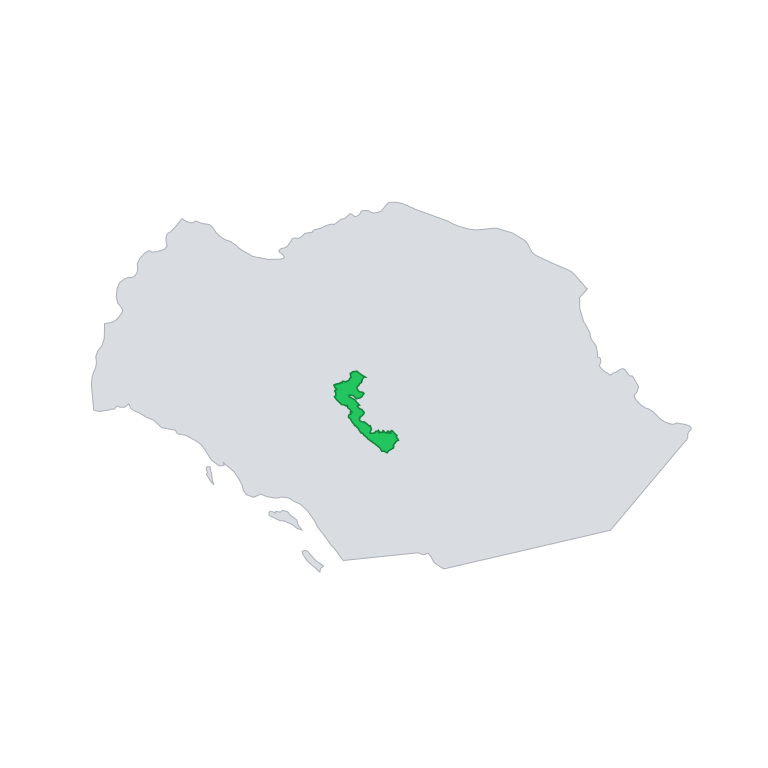 Chamwino, Dodoma, United Republic of Tanzania shown in context, rotated 130°
{"feature_id": "72390352B28140161055022", "entity_name": "Chamwino", "entity_type": "district", "adm_level": 2, "iso_a3": "TZA", "parent_name": "United Republic of Tanzania", "parent_adm1": "Dodoma", "projection": "equal_earth", "projection_center": [35.821, -6.232], "detail": "fine", "context": "in_parent", "style": "filled", "palette": "green", "viewbox_px": 768, "rotation_deg": 130, "n_neighbors": 0, "source": "geoboundaries", "source_scale": "gbopen_adm2", "svg_char_len": 9380}
<svg xmlns="http://www.w3.org/2000/svg" viewBox="0 0 768 768"><g transform="rotate(130 384 384)"><path d="M311.7,537.1L305.6,532.8L300.1,530.2L295.6,527.4L293.6,524.6L289.4,523.5L285.8,523.0L282.4,520.4L275.5,519.5L274.7,517.7L274.6,513.9L273.3,512.9L270.8,511.9L268.1,511.9L266.5,512.5L265.5,512.2L263.2,509.9L261.1,507.1L260.3,502.5L257.1,499.5L253.4,497.2L243.3,497.4L241.7,496.7L239.3,494.4L236.4,490.5L234.1,486.1L232.1,480.1L230.0,472.1L218.2,440.0L217.0,433.9L214.7,427.1L210.9,418.8L207.0,412.7L201.6,407.1L195.5,401.5L192.2,397.8L185.8,382.6L184.5,375.6L183.5,368.2L183.9,365.2L187.8,355.7L188.2,353.1L187.7,349.5L185.7,341.9L183.3,332.8L178.2,316.1L177.5,311.8L177.6,308.7L180.4,291.7L180.4,289.3L192.1,289.7L200.6,282.2L208.0,271.1L209.5,266.5L212.5,259.3L215.4,255.8L216.6,253.3L218.3,246.2L222.2,241.4L226.0,237.7L225.2,235.1L225.7,234.1L227.8,232.2L231.8,230.5L232.6,226.8L232.6,222.5L231.9,220.2L232.1,217.5L231.4,215.9L228.8,215.6L224.9,213.5L221.6,212.6L219.3,211.4L218.5,210.4L218.2,207.9L220.0,201.4L218.2,198.7L222.2,187.9L223.0,186.6L224.4,186.5L226.8,185.3L229.0,184.8L230.7,185.2L232.0,184.8L233.2,183.5L234.2,179.9L235.0,173.8L234.5,168.8L232.8,164.9L232.3,159.1L233.1,151.2L232.6,144.7L230.7,139.4L228.8,136.3L225.8,134.8L221.2,126.9L219.8,123.0L220.0,120.6L221.6,119.5L224.6,119.9L227.3,119.0L229.9,116.8L232.4,116.2L233.7,116.5L350.4,116.5L486.8,219.0L487.4,220.2L488.5,229.0L488.2,232.0L486.1,237.1L485.5,239.8L485.5,241.6L486.0,242.3L487.8,242.6L489.3,243.8L489.9,244.8L491.0,248.6L492.5,250.5L544.3,300.7L545.4,301.5L544.7,305.7L541.8,315.9L541.6,320.2L540.4,325.2L539.3,328.5L536.3,342.9L533.8,348.2L530.4,360.8L529.8,370.5L531.7,377.2L532.4,383.5L536.3,389.7L539.5,391.9L541.7,394.8L545.5,401.2L547.6,407.7L554.5,410.9L557.2,418.1L556.2,423.1L553.0,427.3L550.0,434.0L547.6,442.8L547.5,456.3L549.1,454.2L552.7,457.5L553.2,467.5L549.4,479.0L548.2,484.4L548.0,489.0L550.7,502.8L554.8,509.9L554.5,512.1L553.4,513.9L560.4,526.4L559.8,537.2L562.4,545.6L563.5,552.9L565.2,558.5L565.5,562.3L563.3,566.6L568.4,567.7L571.4,571.2L572.8,574.5L576.5,574.4L578.5,576.6L581.4,578.5L587.8,584.2L589.5,587.0L590.5,589.7L572.9,607.4L566.5,611.9L562.0,614.0L557.1,615.2L552.5,618.0L548.2,622.4L542.6,624.6L535.9,624.6L528.7,627.7L517.5,636.8L511.0,631.7L505.9,630.1L500.0,630.3L496.5,630.9L495.2,632.0L494.0,635.1L493.1,640.2L489.2,645.1L482.4,649.8L476.2,651.6L470.5,650.4L466.7,648.4L464.7,645.7L461.7,644.4L457.8,644.7L454.0,646.6L450.5,650.3L444.7,651.8L436.9,651.4L432.7,649.6L432.1,646.5L428.6,643.0L422.3,638.9L417.7,638.8L414.7,642.7L412.0,645.2L409.5,646.2L407.3,646.3L404.2,645.2L395.5,644.8L387.2,645.0L386.4,639.3L384.7,635.8L383.2,633.8L380.4,633.3L379.6,631.7L378.6,628.1L377.2,625.1L375.4,622.6L374.2,620.3L373.9,618.1L374.2,615.8L375.9,610.0L376.4,606.0L376.2,601.9L375.3,597.7L373.3,592.7L373.5,591.2L372.9,587.8L372.8,585.5L373.2,582.5L372.8,578.6L371.1,570.2L371.1,568.1L369.3,564.0L363.8,554.4L363.5,553.2L354.9,543.6L351.5,541.4L350.3,543.3L349.8,544.9L350.2,548.0L350.0,549.5L349.6,550.2L347.6,550.1L346.3,549.8L343.0,547.2L340.5,546.6L334.2,547.0L332.0,547.6L330.2,547.0L326.9,542.6L323.0,541.7L319.5,541.5L313.7,536.4L311.7,537.1ZM555.5,375.7L558.3,386.3L557.9,388.3L555.9,389.5L554.9,389.6L553.6,387.9L552.8,384.3L551.2,385.2L548.7,380.9L546.1,380.7L543.8,375.6L544.7,371.1L544.2,363.5L547.0,359.6L548.6,353.0L550.4,357.5L550.8,364.5L553.2,372.7L555.5,375.7ZM569.3,312.2L569.5,314.7L569.0,317.1L569.1,324.7L568.8,329.7L566.7,336.6L565.0,339.1L563.4,338.4L562.2,337.3L561.2,335.4L563.2,322.6L562.2,313.3L566.2,314.1L569.3,312.2ZM563.2,465.8L561.2,466.4L560.4,465.8L559.2,463.7L561.3,461.9L563.4,458.5L568.3,453.4L570.5,449.4L570.2,453.3L567.4,461.9L565.1,462.5L563.2,465.8Z" fill="#d9dde1" stroke="#a8b0b8" stroke-width="1"/><path d="M423.0,358.6L424.9,358.6L425.0,358.7L425.3,359.9L425.7,360.0L426.1,360.0L426.9,359.6L427.4,359.7L427.7,359.8L428.2,360.4L428.3,360.6L429.1,361.1L429.5,361.6L429.7,361.9L429.9,362.0L430.3,362.6L430.4,362.9L430.6,363.3L429.2,364.0L428.1,364.1L427.0,364.4L426.6,364.5L426.4,364.7L426.3,364.9L426.3,365.3L426.1,365.5L425.8,366.1L425.5,366.4L425.2,366.8L425.2,367.0L424.8,367.8L425.3,367.9L425.5,368.1L425.7,368.3L425.6,371.1L425.5,371.9L425.7,375.0L426.7,375.6L427.0,376.0L427.3,377.4L427.7,378.9L427.5,379.3L426.4,380.5L426.1,380.4L425.9,380.3L425.7,380.4L424.9,381.3L424.6,381.2L424.0,380.7L423.6,380.5L423.1,380.6L422.2,380.4L421.4,380.4L420.8,380.3L419.9,380.2L419.4,380.4L418.9,380.8L418.3,381.0L418.3,382.3L418.2,382.9L418.1,383.3L417.7,384.5L418.0,385.4L418.3,386.0L418.7,386.7L418.5,388.0L418.3,388.6L418.4,389.2L418.3,390.1L417.5,390.1L416.6,389.9L416.4,389.7L416.1,389.1L415.9,389.0L415.7,391.1L415.6,392.4L415.6,392.9L415.5,393.4L415.0,395.0L414.8,395.9L415.0,396.5L415.0,397.5L415.6,399.7L415.8,400.3L415.7,401.0L415.8,401.4L416.2,402.7L416.1,402.8L415.4,403.4L415.3,403.5L414.9,403.5L414.5,403.3L414.1,402.7L413.9,402.0L413.0,400.7L412.5,399.9L412.5,399.6L412.7,398.5L412.7,397.5L413.1,395.8L412.6,395.3L412.0,394.9L410.0,393.4L408.6,393.0L407.8,392.8L406.5,393.0L406.1,393.2L405.7,393.2L405.4,393.1L404.7,393.2L404.1,393.2L404.0,393.4L404.0,393.9L404.0,394.5L404.0,394.9L404.1,395.1L404.3,395.6L404.6,395.9L405.0,396.7L405.4,397.2L405.6,397.6L405.7,397.9L405.6,398.5L405.7,399.1L405.6,399.7L404.6,401.9L404.4,402.1L404.0,402.8L401.0,402.4L400.2,402.6L399.8,402.8L399.0,402.8L398.6,402.6L398.1,402.6L397.6,402.2L395.9,402.7L396.0,403.1L395.2,403.3L394.0,403.6L393.3,403.6L392.0,404.1L391.9,404.1L391.5,403.8L390.7,402.7L390.7,403.6L391.2,405.3L391.6,409.9L391.6,413.1L391.8,413.4L392.7,413.8L392.8,413.9L393.1,414.4L393.7,414.8L393.9,415.2L394.3,415.3L394.7,415.8L394.8,415.9L395.2,416.0L395.4,415.9L395.7,416.0L396.2,415.9L396.6,416.2L397.3,416.5L397.5,416.7L397.8,416.4L397.9,416.2L397.9,415.9L398.2,415.9L398.3,415.8L398.7,415.5L398.7,415.3L398.9,415.1L399.3,414.5L399.5,414.0L399.8,413.7L400.1,413.6L400.5,413.8L400.7,413.6L401.6,413.6L401.9,413.8L402.0,413.8L403.1,413.4L403.5,413.4L403.9,413.3L404.0,413.3L404.3,413.6L404.6,413.7L404.8,413.5L405.0,413.5L405.3,413.9L405.5,413.9L405.6,414.0L405.9,414.4L406.1,414.4L406.5,414.2L406.9,414.3L407.1,414.6L407.3,415.0L407.5,416.0L408.0,416.8L408.3,417.0L408.5,417.0L408.5,417.3L408.6,417.6L408.8,417.6L409.1,417.4L409.6,417.2L409.9,417.2L410.1,417.1L410.1,417.3L410.4,417.4L410.8,418.1L411.3,418.0L411.6,418.4L411.7,418.5L411.9,418.4L412.1,418.4L412.3,418.6L412.6,418.4L412.9,418.7L413.0,419.1L413.3,419.5L413.9,419.9L414.4,420.1L414.6,420.4L414.8,420.2L415.0,420.5L415.3,420.5L415.3,420.8L415.5,420.8L415.9,421.1L416.2,421.0L416.5,421.4L416.7,421.2L416.8,421.4L417.0,421.3L417.1,421.5L417.5,421.1L417.7,420.4L418.2,419.4L418.3,418.2L418.2,417.7L418.2,417.4L418.4,417.0L418.5,416.8L418.6,417.2L419.2,417.4L420.2,417.2L420.6,417.3L421.1,417.2L421.4,417.1L421.5,415.7L421.7,415.2L422.3,414.9L422.7,414.5L422.9,414.2L423.2,414.0L423.9,413.5L424.1,413.5L424.5,413.5L425.4,413.9L425.6,413.8L426.2,411.8L426.2,411.4L426.6,409.4L426.7,407.0L426.9,406.2L426.8,405.7L427.0,404.4L427.0,403.2L426.9,403.0L426.6,402.7L426.2,402.4L426.0,401.5L425.6,400.7L425.3,399.3L425.2,398.8L424.6,398.8L424.3,398.8L424.2,398.6L424.4,398.0L424.5,397.7L425.0,397.0L425.4,396.7L425.5,396.4L425.5,394.8L425.3,394.1L425.4,393.7L425.6,392.6L425.8,392.2L425.9,391.4L425.8,391.1L425.8,390.7L426.3,390.4L426.5,391.2L426.8,391.6L427.2,391.8L428.4,390.0L428.7,390.3L429.8,391.0L431.0,390.8L431.4,390.4L432.1,390.1L432.3,389.8L432.3,388.5L432.3,388.0L432.2,387.6L432.2,387.3L432.6,386.5L432.9,386.0L433.5,384.1L433.8,383.3L434.1,381.6L434.1,380.9L434.8,379.9L434.3,378.9L434.5,377.5L434.7,376.1L434.7,375.8L434.5,375.1L434.9,374.5L435.6,372.8L435.7,372.3L435.8,371.5L435.9,371.3L436.0,371.0L436.2,370.9L436.3,370.4L436.0,369.9L435.9,369.8L435.9,369.2L435.8,368.8L435.4,368.4L435.3,368.1L435.7,367.3L436.1,366.9L436.1,365.3L436.0,362.8L436.3,361.9L436.4,361.3L436.4,360.2L436.3,359.3L436.2,358.2L436.2,356.9L436.0,356.4L435.7,356.2L436.2,355.5L435.9,354.6L435.9,353.8L435.8,353.6L435.7,353.1L435.8,352.0L435.7,351.0L435.8,350.4L435.5,349.6L435.7,348.6L435.6,347.8L435.7,347.3L435.7,345.6L436.2,344.1L436.6,343.6L437.0,342.7L436.4,341.8L435.7,341.1L435.2,340.0L434.8,337.4L433.5,337.5L432.7,337.5L432.2,337.5L431.4,337.3L430.9,337.0L429.0,336.3L428.5,336.3L428.3,336.2L428.1,336.2L427.9,336.2L427.7,336.0L427.6,335.8L427.3,335.6L427.2,335.7L427.0,335.8L426.9,335.7L426.6,335.8L426.4,336.0L426.2,336.1L425.6,336.2L425.4,336.6L425.2,337.5L424.6,337.5L423.2,337.6L422.2,337.6L421.8,337.5L421.3,337.5L420.5,337.9L420.2,338.0L419.8,337.9L419.0,337.4L418.0,336.6L417.9,336.6L417.7,336.9L417.3,337.7L416.9,339.5L416.5,340.8L416.1,340.9L415.1,341.0L415.1,341.3L415.1,342.0L415.1,342.7L415.1,343.7L414.9,344.8L414.5,347.1L414.6,347.6L414.9,348.4L415.4,348.2L415.9,348.5L416.5,348.5L416.5,348.4L417.0,347.4L417.3,347.9L417.6,348.3L418.2,348.3L418.3,348.5L418.2,348.9L418.0,349.2L417.3,349.9L417.2,350.1L417.3,350.5L417.9,351.0L418.1,351.1L418.4,351.0L418.8,350.8L419.2,350.1L419.4,349.9L419.5,349.9L419.9,350.2L420.0,350.6L420.2,351.0L420.3,351.7L420.4,352.7L420.4,353.1L420.2,353.9L420.2,354.8L420.2,355.4L420.4,355.0L421.4,353.9L421.7,353.7L422.0,353.7L422.1,353.8L422.3,354.7L422.6,355.2L422.7,355.4L423.2,355.5L423.6,355.7L424.0,355.7L424.3,355.9L424.5,356.3L424.5,356.5L424.4,356.6L423.6,357.1L423.5,357.5L423.2,357.9L423.0,358.6Z" fill="#22c55e" stroke="#15803d" stroke-width="1.5"/></g></svg>